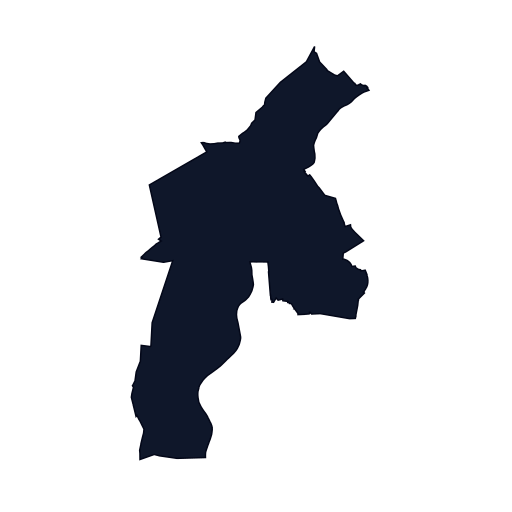 Venlo, Limburg, Netherlands, rotated 186°
{"feature_id": "6326949B62614877207788", "entity_name": "Venlo", "entity_type": "district", "adm_level": 2, "iso_a3": "NLD", "parent_name": "Netherlands", "parent_adm1": "Limburg", "projection": "equal_earth", "projection_center": [6.131, 51.392], "detail": "fine", "context": "isolated", "style": "filled", "palette": "ink", "viewbox_px": 512, "rotation_deg": 186, "n_neighbors": 0, "source": "geoboundaries", "source_scale": "gbopen_adm2", "svg_char_len": 5771}
<svg xmlns="http://www.w3.org/2000/svg" viewBox="0 0 512 512"><g transform="rotate(186 256 256)"><path d="M219.6,470.5L226.2,454.4L249.9,431.3L262.7,414.0L263.3,409.9L263.3,407.1L264.3,406.2L265.2,404.7L271.0,398.7L271.2,391.2L274.2,387.6L274.9,385.0L278.0,380.3L280.6,377.8L282.2,376.6L285.6,373.2L285.4,372.2L285.2,371.8L284.9,371.1L284.3,370.2L283.9,369.3L283.9,368.4L284.4,366.4L288.5,366.0L292.6,366.3L298.4,365.6L298.6,366.0L299.7,365.5L299.6,365.3L301.6,364.8L305.8,364.3L309.2,363.3L313.4,362.6L317.3,362.8L319.4,363.3L321.1,363.2L322.2,362.9L321.8,362.4L320.7,361.2L317.8,357.1L317.2,356.3L315.8,354.4L369.5,315.5L352.7,265.7L352.3,265.0L354.7,262.5L351.8,261.0L356.6,257.4L357.1,256.7L358.3,255.4L359.2,254.5L359.8,254.0L361.7,252.0L362.5,251.2L363.3,250.2L365.5,248.2L366.4,247.2L367.2,246.1L370.0,242.9L368.9,242.6L369.8,241.3L347.3,240.1L338.3,242.7L352.3,178.8L351.1,155.8L351.5,154.9L360.8,155.1L360.1,141.1L360.0,138.9L360.3,138.2L361.0,135.6L363.0,128.2L363.3,118.8L363.7,118.1L364.1,117.0L364.8,115.1L365.3,114.1L364.7,113.3L364.1,112.7L365.0,106.5L365.2,102.5L362.9,96.2L362.6,95.7L362.5,95.0L362.3,94.5L358.5,83.9L357.7,85.1L355.3,81.2L353.9,79.4L351.6,75.7L349.3,72.1L349.3,71.3L349.3,68.0L349.9,64.2L350.8,57.4L350.7,57.3L351.4,50.6L350.8,47.7L350.1,41.5L336.5,48.0L335.7,47.9L333.8,47.6L331.2,47.3L331.2,47.2L313.4,46.5L285.2,50.3L285.5,52.8L285.6,54.7L285.6,55.7L285.3,57.4L284.4,61.3L284.2,62.3L283.5,64.9L283.2,66.4L282.6,68.4L282.3,69.7L281.8,72.3L281.5,73.8L281.4,76.1L281.4,78.2L281.4,78.8L281.6,80.1L281.6,80.6L282.2,82.4L283.5,85.0L284.2,85.9L286.0,88.9L286.9,90.1L287.1,90.6L287.5,91.3L289.4,93.8L291.6,96.2L293.3,98.2L295.0,100.4L297.6,104.6L298.4,107.5L298.8,108.8L299.3,111.3L299.5,113.0L299.6,115.1L299.1,118.3L299.1,119.5L298.4,122.0L296.8,125.0L295.8,126.9L294.3,129.0L291.7,132.1L286.2,137.0L282.3,140.6L281.2,141.7L280.4,142.4L278.9,144.1L275.1,148.7L273.8,150.4L272.8,151.4L270.4,154.3L268.0,157.1L267.2,158.3L266.1,159.9L265.1,161.8L264.8,162.5L263.6,165.9L263.3,167.3L262.8,170.8L262.8,171.0L262.7,172.8L262.9,174.1L267.0,187.8L268.6,192.2L269.3,195.7L269.4,199.5L268.9,202.0L268.2,204.3L267.1,206.2L265.9,207.6L262.7,210.3L261.7,211.3L259.1,214.6L257.8,217.4L256.5,220.9L255.8,224.9L255.6,227.3L256.1,229.6L257.0,233.0L258.1,236.8L258.7,241.3L259.3,243.8L260.1,245.9L261.5,249.4L259.9,249.8L259.8,249.7L258.8,249.9L254.4,250.2L254.1,250.3L252.2,250.5L251.7,250.6L243.5,251.3L243.4,250.5L242.6,247.1L241.7,242.3L241.7,241.6L241.9,241.5L237.6,218.5L237.4,218.5L236.8,215.1L236.6,215.1L236.5,214.2L235.6,214.5L235.4,212.9L235.4,211.8L233.7,211.8L231.6,216.3L229.4,214.4L225.0,216.0L224.6,214.3L221.1,214.2L219.6,214.3L219.6,213.1L217.9,213.2L217.8,212.3L215.8,212.3L215.0,211.2L214.2,210.0L212.2,207.6L212.4,207.4L211.9,207.3L211.6,207.0L210.8,206.1L207.8,202.8L208.2,202.7L208.1,202.1L201.6,203.1L200.9,203.3L199.6,203.5L198.6,203.7L197.5,203.9L197.2,204.0L196.9,204.1L196.7,204.5L196.6,204.8L196.6,205.0L196.7,205.4L196.9,205.6L196.7,205.7L196.4,205.8L194.6,204.1L192.8,204.4L186.1,205.4L182.6,205.2L156.8,203.5L156.2,203.5L152.6,204.0L150.7,204.3L150.5,206.3L150.4,206.3L150.4,206.9L150.5,207.6L150.5,208.1L149.7,217.3L149.7,223.5L149.5,223.4L149.5,224.1L144.4,230.4L145.2,230.8L144.9,231.3L145.4,231.5L144.9,232.1L144.1,233.7L143.6,234.6L143.3,235.5L142.9,236.3L142.6,237.1L142.2,238.8L142.1,239.5L142.0,241.2L142.1,242.1L142.1,242.9L142.4,244.6L142.6,245.5L142.8,246.3L143.1,247.1L144.3,249.7L144.0,249.7L145.9,253.3L147.1,253.0L147.8,252.7L150.1,252.2L150.6,253.3L151.7,253.3L152.3,253.4L152.9,253.5L153.5,253.7L154.7,254.4L155.4,254.7L156.3,256.4L159.6,255.6L159.9,256.3L160.3,257.1L160.6,257.6L161.2,258.3L161.7,258.9L162.3,259.5L162.5,259.6L163.7,260.4L164.7,261.0L165.8,261.4L168.0,262.0L169.1,262.1L169.4,262.0L169.5,268.0L167.1,269.5L150.6,282.4L160.3,290.0L163.3,292.7L164.8,294.6L165.3,296.9L170.4,294.6L171.7,297.4L172.1,298.2L171.8,298.3L172.2,299.1L172.7,299.8L176.1,305.7L178.6,310.9L178.7,311.0L180.1,314.7L181.0,316.5L181.4,317.4L181.8,318.6L183.0,321.6L193.7,323.5L194.0,323.6L200.3,330.4L201.9,331.7L204.1,334.4L205.8,336.5L208.6,339.7L209.3,340.5L211.1,342.3L212.8,340.9L214.6,342.5L214.4,342.5L215.3,343.4L216.8,344.7L216.0,345.2L217.7,347.1L213.1,350.0L211.2,351.5L209.2,353.3L208.7,354.0L208.0,355.1L207.8,356.7L207.7,358.0L207.6,359.5L207.9,361.7L208.2,363.7L209.0,366.2L209.9,370.0L210.3,372.1L210.3,372.4L209.9,374.8L209.3,377.2L208.3,379.9L207.4,384.6L206.1,386.9L204.9,388.7L203.8,390.0L202.4,391.6L200.3,393.5L199.0,395.0L197.9,396.6L197.2,397.7L192.2,405.2L191.2,406.7L190.6,407.6L189.7,408.8L188.7,410.6L187.4,412.0L186.4,412.8L184.2,414.4L181.4,415.9L179.5,417.3L177.7,418.9L177.0,419.7L174.6,422.9L172.6,424.9L170.0,427.2L167.5,429.2L165.7,430.4L161.0,432.6L162.4,434.2L162.4,434.3L162.5,434.3L162.7,434.2L162.9,434.2L163.1,434.3L163.1,434.5L162.7,434.7L162.5,434.8L162.6,435.1L162.8,435.1L163.1,435.0L163.3,435.1L163.3,435.3L163.0,435.2L163.1,435.3L162.9,435.4L162.8,435.5L163.0,435.6L163.2,435.9L163.4,436.2L163.7,436.3L163.8,436.5L164.3,436.7L165.0,437.1L165.5,436.9L165.8,436.8L165.9,436.6L166.0,436.6L165.9,436.9L165.9,437.0L166.0,437.0L166.3,437.0L166.5,437.0L166.7,436.9L167.0,436.8L167.1,436.7L167.6,436.8L167.8,436.8L168.1,437.0L168.7,437.3L169.2,437.3L169.5,437.4L169.6,437.6L169.8,437.7L169.8,437.9L170.0,438.1L170.5,437.7L170.8,437.7L171.2,437.5L171.3,437.4L171.3,437.1L171.8,436.8L171.9,436.7L172.1,436.8L172.3,436.7L172.7,436.4L173.7,436.3L173.9,436.2L174.1,436.2L174.1,436.3L174.5,436.5L174.8,436.8L175.1,436.8L175.5,437.6L175.7,437.9L176.0,437.9L176.2,438.0L176.7,438.4L177.3,438.8L188.1,448.9L193.8,443.7L196.8,444.2L204.8,448.0L204.9,448.7L213.0,455.6L217.0,463.9L219.6,465.2L219.6,468.0L219.6,469.6L219.6,470.5Z" fill="#0f172a" stroke="#020617" stroke-width="1.5"/></g></svg>